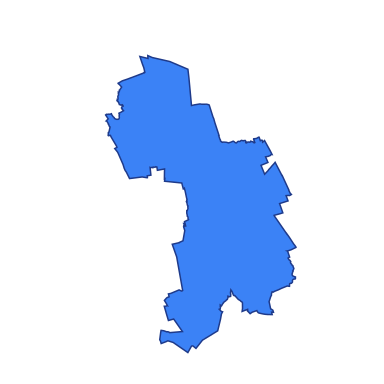 the district of Celaya, Guanajuato, Mexico, rotated 156°
{"feature_id": "50627088B5357256002883", "entity_name": "Celaya", "entity_type": "district", "adm_level": 2, "iso_a3": "MEX", "parent_name": "Mexico", "parent_adm1": "Guanajuato", "projection": "equal_earth", "projection_center": [-100.785, 20.522], "detail": "fine", "context": "isolated", "style": "filled", "palette": "blue", "viewbox_px": 384, "rotation_deg": 156, "n_neighbors": 0, "source": "geoboundaries", "source_scale": "gbopen_adm2", "svg_char_len": 5851}
<svg xmlns="http://www.w3.org/2000/svg" viewBox="0 0 384 384"><g transform="rotate(156 192 192)"><path d="M135.8,70.7L134.8,71.1L134.5,71.0L133.1,70.6L132.9,70.8L132.6,71.0L132.1,72.3L132.6,72.4L132.9,73.1L133.9,74.1L134.3,75.5L133.6,76.9L133.2,77.1L132.8,77.7L132.3,78.2L132.1,78.9L131.7,78.8L131.6,79.2L130.3,80.4L130.0,80.8L130.1,81.3L130.0,81.7L130.1,81.9L129.9,83.0L130.0,83.7L129.9,83.8L130.3,84.3L130.3,85.3L130.6,86.2L130.8,86.4L130.8,87.4L130.3,87.9L130.1,88.2L130.1,88.5L130.4,89.8L130.7,89.9L131.2,92.2L131.0,92.7L130.5,92.8L129.3,92.8L128.7,99.2L128.9,99.4L127.9,99.2L125.0,98.9L119.5,99.1L119.4,99.2L119.8,101.5L120.2,102.9L121.6,111.5L122.4,115.4L122.5,115.3L126.0,133.9L126.6,137.0L126.5,137.3L120.2,136.3L117.5,136.0L116.7,145.8L107.9,144.8L107.5,150.4L105.4,149.7L104.4,149.1L103.9,149.1L102.2,149.3L102.7,150.8L102.8,150.7L102.9,154.1L102.7,154.3L102.9,170.4L103.1,170.4L104.0,185.3L105.1,184.7L108.8,183.1L110.3,182.3L112.7,181.3L113.8,180.6L118.4,178.7L118.1,188.3L110.6,188.1L110.5,194.2L108.0,193.6L105.6,193.5L105.0,193.9L104.4,194.0L103.6,193.6L103.8,197.9L104.8,209.5L105.5,209.2L107.2,208.8L106.8,210.2L107.0,210.6L107.0,210.9L108.3,211.2L108.7,211.1L108.4,214.8L108.9,215.0L111.4,214.7L113.9,215.5L114.1,214.5L114.3,214.6L114.5,211.6L115.2,211.6L115.4,211.8L116.1,213.2L116.7,213.6L117.0,213.9L117.5,214.1L117.6,214.5L118.9,213.9L119.8,214.6L121.3,215.1L122.1,214.6L122.8,215.1L122.7,215.7L122.2,216.2L122.4,217.4L123.7,217.9L124.3,217.9L125.0,218.4L125.4,218.8L125.9,219.1L126.5,219.0L127.8,218.7L129.2,219.5L130.5,219.2L131.0,218.9L131.5,218.8L132.0,219.1L132.5,219.6L133.1,220.9L133.6,221.6L133.9,221.7L135.8,221.7L138.7,222.0L140.3,223.4L142.9,224.8L144.0,225.0L144.3,225.2L144.3,225.6L144.7,226.0L145.2,226.9L144.9,227.7L145.0,229.3L144.6,232.7L144.3,232.7L142.9,246.2L142.3,250.1L142.3,252.1L140.9,264.5L141.3,265.0L142.8,266.2L147.4,268.2L148.9,269.2L154.2,270.6L157.3,271.2L148.4,297.5L145.8,305.8L159.3,320.3L173.6,331.0L176.9,334.6L177.9,331.9L184.5,337.0L185.3,328.6L185.4,326.8L185.5,325.1L186.4,320.5L186.8,320.3L187.0,320.3L187.0,320.5L187.4,320.7L187.9,320.4L205.2,321.4L210.4,321.9L215.3,321.4L215.2,320.7L214.9,320.6L213.6,316.5L216.7,314.5L217.0,314.1L217.1,314.3L218.3,312.8L218.7,313.0L218.6,312.3L219.2,312.0L219.4,311.7L219.4,311.1L219.7,310.4L220.4,310.0L220.9,309.3L221.1,309.1L221.2,308.7L221.3,307.9L221.8,307.0L222.6,307.1L222.5,306.4L222.7,306.1L223.4,305.9L223.3,305.6L223.1,305.6L222.8,305.0L222.9,304.8L222.7,304.3L222.8,304.0L222.6,303.6L222.8,301.4L222.3,301.1L221.5,300.2L221.2,300.3L220.7,300.1L220.3,300.2L220.1,300.0L220.0,299.5L219.9,299.2L220.0,298.6L220.5,298.9L221.3,298.3L221.4,298.1L222.1,297.7L222.3,297.4L221.9,296.6L222.2,296.3L221.5,294.1L222.8,294.0L224.0,293.8L226.7,293.7L226.9,292.8L226.8,292.1L227.5,291.4L227.7,291.0L227.9,290.1L228.1,289.5L228.8,288.7L229.6,288.4L230.0,288.5L231.6,289.2L232.9,290.7L232.8,291.0L232.8,291.5L233.5,293.1L233.7,294.3L233.9,295.5L233.8,296.3L235.3,296.4L236.4,297.0L238.5,297.6L238.6,297.8L239.6,297.5L238.8,292.9L241.5,291.8L241.1,291.5L240.7,289.4L240.8,288.8L240.6,288.2L240.8,288.0L240.9,287.8L240.7,287.3L240.8,285.5L240.7,285.1L240.4,284.8L240.4,284.7L243.5,280.5L244.2,280.4L245.6,277.7L245.3,277.3L244.7,277.2L244.3,277.3L243.5,276.9L243.5,275.0L242.3,264.7L242.4,263.3L244.9,263.1L243.8,258.9L243.7,257.6L243.8,245.2L244.3,241.1L244.3,238.8L243.9,236.9L243.6,229.7L231.4,226.0L227.1,223.2L226.9,223.2L226.3,225.0L222.7,224.1L220.3,231.5L219.8,231.0L218.5,230.8L218.3,230.4L218.0,230.2L217.9,230.5L217.2,230.5L216.6,230.1L215.9,229.8L215.1,229.9L214.9,229.5L214.2,229.4L213.9,229.1L214.8,225.9L207.7,224.2L208.5,222.5L208.9,221.7L211.9,215.2L211.4,215.2L212.7,213.0L197.7,204.4L198.7,198.4L197.4,198.6L197.8,197.0L197.7,196.7L197.9,195.6L199.4,188.7L199.5,187.8L199.5,187.3L199.9,187.0L200.3,185.9L200.4,186.0L200.8,184.5L200.6,185.5L201.1,185.4L201.0,184.3L201.6,181.8L201.3,180.8L201.4,180.6L201.7,180.5L202.0,179.9L202.2,178.9L202.3,178.7L202.7,178.2L203.4,177.6L203.9,176.9L204.2,176.9L204.4,177.0L205.0,175.7L205.5,174.4L205.7,173.1L205.7,172.8L206.2,172.0L205.9,171.1L205.9,170.5L206.4,169.5L206.4,168.2L207.0,168.1L210.9,168.0L211.2,165.9L212.2,166.4L212.1,166.0L211.6,165.5L211.3,165.4L211.6,163.5L212.7,163.8L212.5,165.2L212.5,165.5L213.8,163.7L214.3,159.7L220.1,151.1L224.1,151.1L224.2,150.9L231.3,152.3L232.4,138.8L233.5,134.5L240.6,105.8L241.0,105.7L241.9,105.8L243.6,107.8L252.6,108.0L255.0,108.5L255.5,105.6L257.6,105.7L258.4,105.5L261.3,104.2L260.8,100.4L260.7,98.2L260.8,98.3L262.0,98.3L262.5,98.4L263.8,98.9L265.1,89.7L265.8,84.2L260.4,83.4L257.5,68.4L269.6,72.6L270.0,73.4L270.4,73.7L270.8,74.1L271.4,74.4L271.8,74.4L274.2,76.7L276.5,78.2L276.8,77.9L276.9,77.6L277.7,76.5L281.6,70.1L281.4,69.0L281.8,66.1L276.4,65.8L274.6,65.9L270.4,62.2L261.1,47.0L255.3,51.3L254.5,51.4L253.7,50.9L252.0,47.5L242.7,52.4L225.0,54.7L217.7,64.2L214.7,68.6L212.8,70.1L213.8,71.0L214.8,73.8L213.8,73.7L212.6,75.5L212.7,76.3L212.3,76.5L212.1,77.2L211.3,76.0L208.8,77.8L208.5,77.8L208.4,78.0L207.3,78.5L205.3,78.9L204.2,79.5L203.6,79.4L203.3,79.6L202.0,81.1L201.7,82.1L201.5,81.9L201.3,81.9L201.3,81.3L199.2,80.9L198.3,82.6L198.1,83.1L198.0,84.1L196.3,86.8L196.0,85.3L195.9,84.8L196.1,81.1L196.0,80.6L195.2,79.8L195.1,80.0L195.0,79.9L193.4,75.0L192.1,73.2L191.7,72.0L191.2,71.5L191.0,70.5L191.0,70.2L193.2,65.1L194.8,62.5L188.9,62.2L189.3,61.0L189.7,60.8L188.4,57.2L185.9,57.7L181.0,57.3L181.0,56.2L180.5,54.6L178.9,53.3L176.7,51.7L174.7,50.4L172.7,49.3L168.6,47.4L168.2,49.9L166.5,49.0L166.2,51.1L167.3,52.9L167.7,53.2L166.3,59.8L166.3,60.3L162.5,64.6L161.6,65.1L160.5,67.2L160.1,67.4L159.4,68.2L158.6,67.5L157.5,67.6L157.4,67.7L152.8,67.5L149.5,67.6L143.3,67.4L141.3,66.2L140.1,68.5L139.4,68.6L138.4,68.2L137.4,68.5L136.8,68.9L136.7,69.1L136.5,69.9L136.2,70.4L135.8,70.7Z" fill="#3b82f6" stroke="#1e3a8a" stroke-width="1.5"/></g></svg>